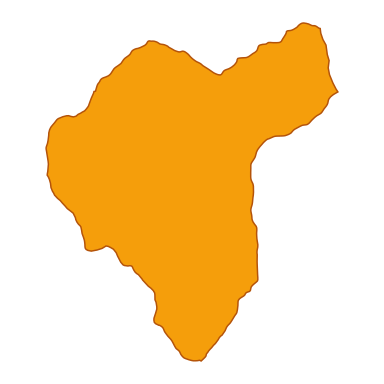 the district of Dragteng, Tongsa, Bhutan
{"feature_id": "84629894B32701898541772", "entity_name": "Dragteng", "entity_type": "district", "adm_level": 2, "iso_a3": "BTN", "parent_name": "Bhutan", "parent_adm1": "Tongsa", "projection": "equal_earth", "projection_center": [90.534, 27.427], "detail": "fine", "context": "isolated", "style": "filled", "palette": "amber", "viewbox_px": 384, "rotation_deg": 0, "n_neighbors": 0, "source": "geoboundaries", "source_scale": "gbopen_adm2", "svg_char_len": 5864}
<svg xmlns="http://www.w3.org/2000/svg" viewBox="0 0 384 384"><path d="M320.2,28.5L318.8,28.1L316.7,26.6L315.6,26.0L314.5,25.7L313.2,25.7L312.0,25.6L310.9,25.1L308.6,24.0L306.3,23.4L305.0,23.2L303.8,23.0L302.6,23.1L301.5,23.4L300.4,24.0L299.3,24.8L298.4,25.6L297.5,26.7L296.6,27.5L294.4,28.9L293.3,29.5L292.2,30.0L291.0,30.4L289.8,30.6L288.5,30.7L287.3,30.9L286.5,31.5L286.2,33.0L285.6,34.3L284.2,36.6L282.7,38.9L281.3,41.4L280.3,42.1L279.2,42.5L278.0,42.6L276.8,42.7L273.1,42.7L270.7,42.5L269.5,42.5L268.3,42.6L266.1,44.0L265.0,44.2L263.7,44.3L262.5,44.4L260.1,45.0L259.0,45.6L258.3,46.7L257.4,49.5L256.8,50.7L255.9,51.6L254.9,52.4L252.7,53.7L249.6,56.0L248.5,56.7L247.4,57.2L246.2,57.6L245.0,57.7L241.2,57.9L240.0,58.0L238.9,58.2L237.8,58.5L237.2,59.6L236.9,61.2L236.3,62.5L235.5,63.5L234.7,64.6L233.7,65.5L232.7,66.3L231.7,67.1L229.5,68.4L228.4,68.9L226.1,69.7L224.9,70.2L223.9,70.9L223.0,72.0L222.3,73.2L221.5,74.3L220.5,74.9L219.4,74.9L218.2,74.7L216.9,74.3L214.6,73.3L213.5,72.7L208.3,69.1L204.0,66.4L202.9,65.7L201.0,64.0L199.9,63.3L198.8,62.7L196.6,61.7L195.5,61.0L194.5,60.3L192.4,58.7L190.5,56.9L188.8,54.9L187.9,54.0L186.9,53.2L185.8,52.4L184.7,51.7L183.6,51.3L182.4,51.2L180.0,51.9L178.8,51.9L177.7,51.6L176.5,51.2L175.3,50.8L174.2,50.3L172.0,49.0L169.8,47.8L168.7,47.2L167.8,46.3L166.7,45.7L165.5,45.2L164.4,44.8L163.2,44.5L160.8,44.2L159.6,43.8L157.5,42.4L156.4,41.9L155.2,41.5L154.0,41.2L152.8,41.1L151.6,41.2L149.1,40.9L148.1,41.3L147.3,42.3L146.6,43.6L145.7,44.6L144.7,45.4L142.5,46.5L140.2,47.6L137.9,48.4L136.7,48.6L135.6,48.9L134.4,49.4L133.3,50.0L132.3,50.7L131.5,51.8L130.8,53.0L130.1,54.2L129.2,55.1L128.2,55.9L126.1,57.4L125.0,58.2L124.1,59.1L123.3,60.1L121.0,63.5L117.9,65.8L115.8,67.2L114.8,68.0L113.9,68.9L110.9,73.5L110.0,74.5L109.1,75.3L108.0,76.0L105.7,77.0L103.4,77.8L102.3,78.3L101.2,79.1L100.4,80.1L99.8,81.3L99.1,82.5L98.2,83.5L97.5,84.7L97.0,86.0L96.6,87.3L96.2,88.7L95.8,90.1L95.5,91.2L94.0,91.5L93.5,93.3L91.3,98.2L89.9,102.0L88.4,106.2L86.4,108.9L84.6,110.9L82.3,112.1L80.4,113.3L78.2,114.3L76.0,116.2L73.4,116.9L70.8,116.4L68.7,115.7L66.5,115.8L62.9,116.7L58.3,118.6L57.0,119.6L55.8,121.1L54.7,122.6L52.3,125.4L50.8,127.3L49.6,129.8L48.8,132.9L48.7,135.4L48.1,140.3L47.5,143.4L46.3,146.9L46.1,148.0L46.2,149.4L46.8,152.9L48.1,161.1L48.4,164.1L47.8,171.3L47.3,173.9L47.2,175.2L48.2,176.7L49.4,179.4L50.5,183.3L51.0,187.6L52.5,191.3L53.6,193.0L54.6,195.2L55.5,196.1L57.6,198.4L60.3,200.6L62.4,203.1L65.0,205.9L67.3,208.6L70.6,211.1L73.2,213.2L74.8,216.5L75.4,217.7L75.8,219.6L76.9,222.0L78.6,224.4L80.0,225.6L80.9,227.0L81.6,230.2L82.1,233.5L82.7,235.2L83.5,237.4L84.3,240.0L84.6,241.7L84.9,244.3L85.0,247.0L85.4,248.5L86.2,249.5L87.9,250.4L91.3,251.1L97.1,250.0L102.1,248.4L106.0,246.0L108.3,246.4L110.9,247.7L113.4,249.2L116.2,252.7L117.6,256.1L120.4,261.5L120.9,262.4L123.1,264.9L124.4,265.5L127.9,266.0L129.6,265.7L130.8,265.8L131.7,266.1L132.3,266.8L133.1,268.6L134.0,270.4L135.2,272.2L136.6,273.5L138.5,274.7L142.1,279.1L142.6,280.0L148.3,286.2L150.8,288.1L153.2,290.5L154.6,292.8L154.9,294.7L155.0,299.8L156.1,302.4L156.8,306.7L156.8,309.1L155.5,313.6L154.0,318.2L153.9,320.2L154.3,322.3L155.6,323.7L157.9,324.8L158.6,325.2L159.5,325.3L160.3,325.7L161.1,326.2L161.9,326.8L162.6,327.5L163.2,328.3L163.6,329.2L164.4,331.2L164.9,332.1L166.1,333.8L167.3,335.4L167.9,336.2L170.6,339.1L171.2,339.9L171.8,340.7L172.8,342.5L174.7,346.2L175.7,347.9L176.3,348.7L177.1,349.3L178.6,350.5L179.3,351.3L179.8,352.1L180.7,354.1L181.2,354.9L181.8,355.7L182.5,356.5L183.2,357.2L183.9,357.8L184.7,358.2L185.6,358.6L189.1,359.8L191.7,360.5L193.5,360.8L195.3,360.8L197.1,360.7L198.0,360.6L198.9,360.4L199.8,360.3L201.1,361.0L202.0,360.2L203.5,358.8L204.9,357.4L205.5,356.7L206.0,355.9L206.2,354.8L206.5,353.8L207.8,352.3L208.3,351.4L208.9,350.6L210.2,349.1L211.6,347.7L213.5,345.3L214.9,344.0L215.7,343.1L217.5,340.6L218.1,339.8L219.1,338.0L219.7,337.2L220.4,336.4L221.1,335.8L221.9,335.3L222.5,334.5L225.1,330.7L226.2,328.1L226.8,326.9L227.6,325.8L228.5,324.8L229.4,323.9L230.3,322.9L231.8,320.6L234.6,316.0L235.4,314.8L236.2,313.8L236.8,312.6L237.1,311.2L237.4,309.8L237.9,305.5L238.0,302.5L238.1,301.1L238.6,299.9L239.5,298.8L240.5,298.0L241.6,297.3L243.7,296.0L244.7,295.1L245.3,293.9L246.1,292.8L247.2,292.2L248.4,291.8L249.6,291.4L250.4,290.4L250.7,289.0L251.0,287.5L251.6,286.4L252.5,285.4L253.4,284.5L256.4,282.0L257.4,281.0L257.8,279.8L257.8,277.6L257.6,274.7L257.2,264.6L257.1,261.8L257.2,256.0L257.2,254.6L257.0,253.1L257.0,251.7L257.1,250.3L257.7,247.4L257.8,246.0L257.8,244.6L256.9,238.9L256.7,236.0L256.6,233.2L256.8,230.2L256.8,228.8L256.6,227.4L256.1,226.2L254.4,224.0L252.9,221.7L252.4,220.4L252.0,219.1L251.8,216.2L251.6,214.8L251.0,211.9L250.8,210.5L250.9,209.1L251.2,207.7L252.0,205.0L252.3,203.6L252.5,202.2L252.9,197.9L253.3,195.0L253.4,193.6L253.5,192.2L253.4,186.4L253.2,185.0L252.8,183.6L251.6,181.1L251.1,179.8L250.8,178.4L250.7,177.0L250.7,172.6L250.8,168.3L250.8,165.4L251.0,164.0L251.4,163.1L251.9,162.2L254.2,158.7L254.9,157.5L255.4,156.2L256.5,152.1L257.1,150.8L257.7,149.6L258.5,148.5L259.3,147.4L260.1,146.4L261.9,144.4L263.6,142.4L264.6,141.5L265.5,140.6L266.5,139.8L267.6,139.1L268.8,138.8L273.3,136.8L274.5,136.4L275.6,136.2L276.8,136.1L280.5,136.0L282.9,135.9L284.1,135.8L285.3,135.6L287.6,134.8L288.8,134.3L289.9,133.7L290.9,133.1L291.8,132.1L292.7,131.0L293.6,130.1L294.6,129.3L295.7,128.7L300.1,126.3L301.2,125.8L302.3,125.3L303.5,125.1L306.0,124.8L307.2,124.5L308.2,123.9L309.2,123.1L310.1,122.1L311.9,120.1L314.7,117.4L315.7,116.6L316.7,115.8L320.0,113.9L321.0,113.2L321.9,112.2L323.4,109.9L324.1,108.8L325.8,106.7L326.6,105.6L327.3,104.4L327.8,103.1L328.4,100.2L328.9,99.0L329.7,97.9L330.5,96.9L331.5,96.0L333.6,94.4L337.9,91.9L336.1,89.2L332.9,83.0L329.5,74.7L328.2,67.9L329.1,60.6L327.3,54.6L326.0,45.1L322.9,39.5L320.8,33.3L320.2,28.5Z" fill="#f59e0b" stroke="#b45309" stroke-width="1.5"/></svg>